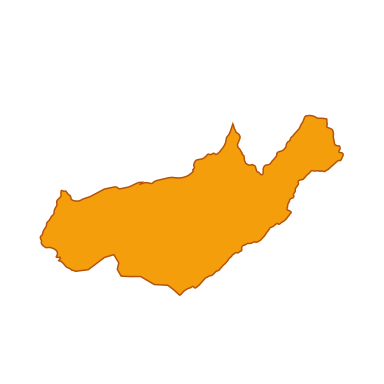 outline of Menabe, rotated 53°
{"feature_id": "MDG-5878", "entity_name": "Menabe", "entity_type": "Autonomous Province", "adm_level": 1, "iso_a3": "MDG", "parent_name": "Madagascar", "parent_adm1": "", "projection": "natural_earth1", "projection_center": [45.071, -20.047], "detail": "fine", "context": "isolated", "style": "filled", "palette": "amber", "viewbox_px": 384, "rotation_deg": 53, "n_neighbors": 0, "source": "natural_earth", "source_scale": "10m", "svg_char_len": 6055}
<svg xmlns="http://www.w3.org/2000/svg" viewBox="0 0 384 384"><g transform="rotate(53 192 192)"><path d="M112.3,295.1L114.2,294.0L115.1,292.5L115.4,292.2L119.2,292.3L121.8,291.5L123.1,291.9L124.3,292.5L125.5,292.8L127.2,292.1L129.2,290.3L130.9,288.1L131.6,286.1L131.9,283.7L134.4,276.0L136.9,260.2L141.3,250.8L142.7,249.2L145.0,248.6L146.2,247.4L149.9,239.6L150.7,236.3L151.4,232.5L152.3,228.8L154.1,226.2L154.1,226.9L154.6,228.4L156.2,224.0L157.2,222.6L160.2,219.9L161.2,218.8L160.9,216.2L161.6,213.3L166.6,202.0L168.1,199.4L172.2,194.9L173.8,192.7L175.1,190.1L176.2,187.0L176.6,184.5L176.6,181.0L176.1,178.3L174.8,178.1L174.2,175.8L173.9,175.3L173.4,174.9L172.4,174.9L171.9,174.7L171.0,173.8L170.1,172.5L169.4,171.1L169.1,169.7L169.4,168.6L170.7,165.8L171.2,164.9L171.8,163.8L172.0,162.4L171.9,159.6L171.8,158.8L171.5,158.0L171.4,157.3L171.5,156.3L171.8,155.9L173.0,155.1L173.4,154.6L173.7,153.1L173.9,151.8L174.4,151.0L176.0,150.6L176.9,149.2L176.6,146.0L175.2,140.6L174.2,138.0L172.9,135.6L169.6,132.0L169.1,131.1L168.5,128.4L167.2,125.7L162.2,118.4L163.8,118.8L166.7,120.0L169.0,120.3L170.5,120.8L171.1,120.8L173.3,120.0L174.1,119.9L174.9,119.9L175.5,120.0L176.2,120.1L177.1,120.6L177.6,121.0L178.5,122.2L181.3,126.9L181.8,127.4L182.5,127.8L184.1,128.3L185.0,128.3L186.9,128.1L188.5,128.4L189.3,128.5L190.5,128.4L191.7,129.1L192.3,129.2L193.6,128.8L194.3,128.8L196.4,129.8L197.6,130.7L198.3,131.0L199.9,131.5L200.7,131.7L201.5,131.7L203.9,130.9L204.7,130.4L205.5,129.5L206.0,128.2L206.6,127.2L207.6,126.6L208.4,126.3L209.2,126.0L210.0,126.1L211.3,126.7L213.1,127.3L213.7,127.6L214.4,127.8L215.2,127.7L216.2,127.0L217.8,126.7L219.2,126.6L219.9,126.3L220.4,125.8L220.4,124.9L220.0,124.2L219.5,123.6L216.5,121.3L216.0,120.7L215.6,120.2L215.1,119.2L214.9,118.5L214.8,117.7L215.0,116.7L215.8,115.4L216.2,114.4L216.5,113.2L216.5,112.2L216.2,111.3L215.9,110.5L215.6,109.7L214.9,105.9L214.4,104.4L214.3,103.5L214.0,102.7L213.7,102.1L212.7,101.6L212.4,101.3L212.1,100.7L211.9,99.9L212.0,98.9L212.3,97.7L213.1,96.0L213.3,94.7L213.4,93.6L212.9,90.9L212.7,90.2L212.4,89.7L212.1,89.3L210.6,87.8L209.7,85.6L209.6,84.8L209.9,83.8L209.8,83.0L209.4,82.3L208.5,81.1L208.2,80.4L208.0,79.5L208.0,77.9L207.5,76.4L206.0,68.7L205.7,67.9L205.4,67.2L203.8,64.4L203.5,63.7L203.1,62.3L202.9,61.6L200.4,57.6L200.0,56.9L199.8,56.2L199.8,55.4L200.1,54.7L201.3,52.6L201.7,51.9L204.5,49.3L206.3,48.3L208.0,47.7L208.9,47.0L209.5,46.3L210.4,45.0L211.4,43.9L212.2,42.8L213.5,41.7L213.9,41.1L214.5,40.6L215.0,40.5L216.7,41.8L218.9,43.0L219.6,43.6L220.1,44.3L220.6,44.9L221.3,45.1L222.2,44.8L223.5,43.9L226.2,42.5L227.1,42.5L228.1,42.7L229.8,43.5L230.8,44.1L231.5,44.7L232.6,45.7L233.3,46.2L239.5,49.2L240.4,49.4L241.3,48.9L242.8,47.9L243.2,47.4L243.6,46.8L244.1,46.6L244.8,46.7L246.2,47.4L246.8,47.9L247.1,48.6L247.4,49.3L247.7,50.0L248.1,50.5L248.8,50.6L249.4,50.3L250.8,48.7L252.2,48.4L253.4,48.9L253.9,49.6L255.8,53.1L256.1,54.0L256.2,54.6L255.2,55.8L255.0,56.2L254.9,56.7L255.0,59.4L255.9,69.2L255.5,73.4L255.3,74.0L255.0,74.3L253.6,75.5L253.1,76.0L252.3,77.5L252.0,77.7L251.1,78.3L250.6,78.9L249.8,80.3L248.7,81.9L247.4,83.0L247.0,83.7L246.9,84.2L247.0,84.7L247.4,86.4L247.7,90.5L248.2,92.7L248.7,95.0L248.7,95.6L248.6,96.2L247.7,97.8L247.5,98.5L247.1,99.8L247.2,100.5L247.4,100.9L248.8,101.6L249.2,101.8L249.7,102.3L250.2,103.4L251.4,107.1L251.6,107.4L252.1,108.0L253.4,108.9L254.0,110.0L254.4,111.4L254.7,112.1L255.0,112.6L256.6,113.1L257.0,113.5L257.3,114.1L257.4,114.6L257.4,115.1L257.0,116.0L256.9,116.6L256.8,117.6L256.9,118.2L257.0,118.7L257.8,119.6L258.6,120.9L259.2,122.4L259.9,123.3L261.3,124.6L261.9,125.6L262.4,126.1L263.1,126.6L263.5,126.6L263.8,126.5L265.8,125.4L266.9,125.0L267.3,124.9L267.8,125.0L268.3,125.5L268.4,126.1L268.5,126.9L268.6,127.5L269.2,129.0L269.5,130.4L270.2,132.6L270.4,134.2L270.5,136.7L270.2,138.7L270.3,141.1L270.2,141.7L270.0,142.1L269.7,142.3L268.6,142.7L268.4,142.8L268.3,143.0L268.2,143.4L268.3,147.9L268.3,148.4L267.8,150.0L267.6,151.1L267.7,151.7L267.9,152.2L268.1,152.5L268.6,153.8L269.3,156.7L270.8,160.7L270.9,161.6L271.0,162.8L271.2,163.7L271.6,165.4L271.7,166.0L271.4,169.2L271.2,170.1L270.8,170.8L269.3,172.4L269.0,173.1L268.9,173.6L268.7,175.1L268.5,175.5L268.2,176.3L266.5,178.6L266.4,179.3L266.2,181.3L266.0,182.2L265.4,183.3L265.4,183.8L265.5,184.4L265.9,185.2L266.2,185.7L267.2,186.5L268.2,187.1L268.4,187.4L268.6,187.7L268.7,188.2L268.6,188.8L268.3,189.7L268.3,190.2L268.4,191.4L268.3,191.8L268.1,192.2L267.0,193.2L266.8,193.6L266.7,194.0L266.7,194.5L266.7,196.1L266.6,197.5L266.7,198.1L267.1,198.9L267.3,199.6L267.3,201.6L267.5,202.3L267.7,203.2L268.3,204.7L269.2,208.9L269.2,210.5L269.3,211.1L270.5,216.7L270.6,217.5L270.6,218.2L270.2,219.5L270.0,220.3L269.9,220.8L270.0,221.3L270.5,224.5L270.5,226.1L270.3,227.0L269.5,228.5L269.4,228.9L269.3,230.4L269.2,231.4L268.8,232.6L268.8,233.4L270.6,242.0L270.8,245.9L270.8,246.4L270.7,246.9L270.5,247.2L270.3,247.5L269.9,247.6L268.5,247.8L268.2,248.0L267.9,248.3L267.8,248.7L267.7,249.2L267.6,250.8L267.5,251.2L266.9,252.4L266.8,252.8L266.4,255.1L266.3,257.6L266.3,258.3L266.5,259.4L266.9,261.3L267.1,262.3L267.1,263.1L266.9,264.0L258.8,265.5L251.9,267.5L243.2,277.8L228.6,283.9L221.7,293.1L216.5,299.2L208.8,298.2L204.5,293.1L195.0,292.1L191.6,301.3L191.6,321.7L185.2,332.8L183.6,333.7L182.1,335.0L179.6,335.7L176.2,337.5L170.9,337.8L168.6,338.4L166.6,339.8L166.0,337.6L165.6,337.0L164.9,336.6L164.6,336.7L164.0,337.9L162.6,339.5L162.0,339.4L160.9,337.0L158.6,335.6L156.1,335.7L153.6,336.8L151.5,338.2L150.3,339.5L148.6,342.1L147.5,342.6L145.0,343.3L143.6,343.5L142.1,343.1L141.5,342.7L140.7,341.8L140.2,341.5L139.2,341.2L138.3,341.1L137.5,340.8L136.6,340.1L136.3,339.4L136.1,337.6L135.7,336.8L134.0,334.8L132.9,332.5L132.4,331.1L132.1,330.0L131.6,328.9L129.4,326.8L128.9,325.0L128.7,323.1L128.2,321.8L127.0,319.1L126.8,318.3L126.7,316.6L126.5,315.8L126.0,315.0L124.1,313.4L122.8,311.4L122.1,310.0L121.8,308.7L121.1,307.7L118.2,305.8L117.5,304.8L116.9,300.5L116.6,299.5L115.8,298.6L113.3,296.8L112.3,295.6L112.3,295.1Z" fill="#f59e0b" stroke="#b45309" stroke-width="1.5"/></g></svg>